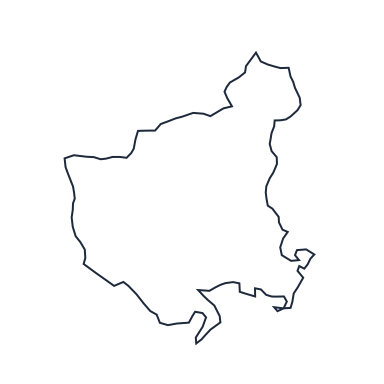 Jaboti, Paraná, Brazil (Albers equal-area conic projection), rotated 100°
{"feature_id": "56859067B82658845129060", "entity_name": "Jaboti", "entity_type": "district", "adm_level": 2, "iso_a3": "BRA", "parent_name": "Brazil", "parent_adm1": "Paraná", "projection": "albers", "projection_center": [-50.077, -23.72], "detail": "fine", "context": "isolated", "style": "outline", "palette": "slate", "viewbox_px": 384, "rotation_deg": 100, "n_neighbors": 0, "source": "geoboundaries", "source_scale": "gbopen_adm2", "svg_char_len": 1917}
<svg xmlns="http://www.w3.org/2000/svg" viewBox="0 0 384 384"><g transform="rotate(100 192 192)"><path d="M52.9,118.4L54.6,126.4L54.1,132.5L53.3,139.4L51.5,146.9L43.6,153.2L58.7,160.7L65.0,160.5L71.0,165.8L77.5,173.6L82.6,176.1L87.6,177.4L93.3,173.7L100.7,167.5L104.2,175.6L109.4,181.6L114.1,187.1L112.9,194.3L113.9,204.6L119.5,214.7L122.4,221.0L126.3,227.4L130.5,234.6L137.9,239.0L139.7,248.6L141.2,255.8L149.9,256.8L159.5,256.9L164.2,258.6L169.7,262.4L170.0,269.3L171.3,276.4L174.1,282.5L175.6,287.6L174.7,294.9L175.6,302.0L176.3,314.7L181.0,323.3L189.5,320.8L195.2,317.5L207.3,310.1L213.2,308.0L218.9,306.3L223.8,307.2L230.5,306.3L237.9,306.1L247.0,303.4L255.7,298.9L260.9,293.1L267.3,287.6L275.5,285.6L281.7,286.2L288.9,271.6L293.8,261.2L298.0,252.4L292.5,244.0L295.5,238.3L302.5,228.7L309.9,220.5L316.5,212.4L318.9,205.5L326.4,200.9L327.3,192.6L324.2,184.2L321.2,172.4L314.2,170.1L309.4,168.1L309.4,160.7L313.0,156.4L322.9,158.1L334.7,163.0L340.4,161.5L335.5,157.0L331.2,154.4L324.4,150.0L315.5,141.4L309.4,143.2L299.9,150.3L295.7,157.5L292.0,163.0L287.5,168.9L286.3,157.7L281.8,152.3L278.4,147.7L275.9,143.2L273.6,135.9L273.7,129.5L282.0,127.6L282.8,121.6L283.9,111.7L275.9,113.2L276.0,107.2L280.4,101.1L281.1,95.2L280.2,89.9L278.9,83.3L283.4,79.6L290.7,81.6L289.0,74.8L282.6,74.1L274.2,74.2L267.5,71.3L257.1,67.6L251.3,74.4L246.3,73.5L248.0,68.1L243.1,65.5L237.1,63.8L232.3,60.7L228.7,69.6L231.0,78.5L236.3,79.6L240.5,74.8L242.6,82.5L238.6,92.6L231.2,95.5L222.0,94.2L214.7,90.8L213.4,96.3L206.8,101.1L201.5,102.3L194.4,110.0L192.3,115.0L185.5,117.5L179.6,119.3L173.4,119.8L164.9,117.8L158.8,115.3L149.7,113.2L143.0,114.6L137.9,120.7L131.2,123.8L126.2,123.8L120.3,123.9L113.1,122.5L107.2,123.0L106.0,117.3L104.2,112.1L100.5,108.0L93.1,102.3L87.6,100.1L80.5,102.3L71.5,108.7L65.9,111.5L61.2,115.0L52.9,118.4ZM290.7,81.6L291.2,91.1L294.5,87.1L290.7,81.6Z" fill="none" stroke="#1e293b" stroke-width="2"/></g></svg>